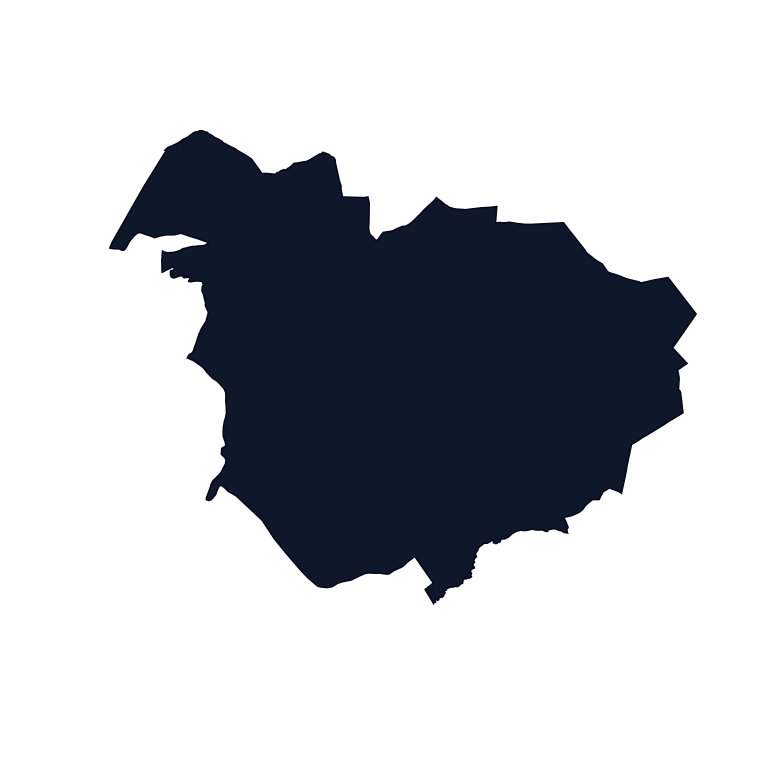 Camar, Salaj, Romania, rotated 283°
{"feature_id": "2599482B75066150434534", "entity_name": "Camar", "entity_type": "district", "adm_level": 2, "iso_a3": "ROU", "parent_name": "Romania", "parent_adm1": "Salaj", "projection": "natural_earth1", "projection_center": [22.617, 47.305], "detail": "fine", "context": "isolated", "style": "filled", "palette": "ink", "viewbox_px": 768, "rotation_deg": 283, "n_neighbors": 0, "source": "geoboundaries", "source_scale": "gbopen_adm2", "svg_char_len": 6151}
<svg xmlns="http://www.w3.org/2000/svg" viewBox="0 0 768 768"><g transform="rotate(283 384 384)"><path d="M522.4,672.4L551.6,636.8L546.1,623.7L540.2,611.5L540.9,609.8L541.0,597.1L542.2,589.6L542.8,583.7L542.9,580.4L543.5,577.3L543.8,576.6L547.0,572.9L549.9,569.9L552.2,562.9L557.3,551.9L559.4,550.0L576.6,528.5L581.5,522.7L572.5,491.0L571.2,485.0L570.4,478.1L569.8,469.7L568.0,464.8L567.3,459.7L566.3,457.5L566.2,456.4L582.3,454.0L580.0,447.6L577.5,439.0L572.2,424.2L570.7,415.0L570.6,411.2L571.1,406.9L571.7,405.8L573.0,402.1L574.4,399.5L577.4,393.1L575.2,392.2L573.5,391.2L563.4,384.3L558.6,381.6L549.5,375.8L547.4,374.4L545.3,372.5L543.1,370.2L541.8,367.4L541.9,366.9L538.3,361.6L535.6,358.5L534.4,356.4L531.6,349.2L528.4,347.6L523.9,345.8L521.9,344.1L525.4,339.0L526.3,337.3L527.4,336.2L529.8,334.9L533.7,333.6L534.6,333.6L542.3,332.1L557.2,328.8L562.6,326.3L561.1,322.4L556.9,301.5L564.1,298.3L567.0,297.7L568.4,297.1L570.5,295.6L572.8,294.4L589.2,286.6L591.5,286.0L593.4,284.1L593.9,281.2L595.3,278.7L596.1,272.5L593.9,270.6L593.5,269.4L585.4,260.9L583.2,258.2L582.1,255.0L579.8,249.7L578.9,247.0L577.5,245.8L574.1,243.6L572.5,241.8L570.4,240.2L570.4,238.4L568.3,235.1L567.4,234.6L566.5,233.8L566.1,232.7L565.1,231.6L563.9,231.1L562.7,221.7L561.6,217.8L573.4,204.2L575.8,197.9L578.3,189.7L579.9,185.5L580.2,183.4L581.8,177.1L582.5,175.2L582.8,173.1L584.0,171.8L585.6,166.5L586.0,164.0L587.9,159.4L588.4,156.3L589.4,155.7L589.4,153.5L589.9,149.4L589.1,147.1L587.8,145.6L587.0,143.2L585.5,141.5L580.2,137.0L577.1,133.1L572.8,129.4L568.9,124.5L565.7,120.1L562.5,117.9L562.0,119.1L522.2,105.5L461.1,87.3L454.8,86.2L454.8,88.8L455.3,92.1L456.0,95.0L456.0,96.0L455.4,98.2L455.5,99.3L456.0,100.6L457.7,101.7L460.9,102.7L464.8,103.6L470.5,106.3L472.9,107.7L475.3,109.6L476.2,110.6L476.5,111.4L476.6,114.1L476.1,117.3L475.8,122.0L475.0,127.7L477.7,132.3L480.3,138.0L481.5,143.4L482.5,146.8L485.0,151.7L485.2,152.4L484.3,161.0L483.7,169.6L482.3,181.4L482.2,181.5L479.4,178.8L478.7,177.8L477.8,175.7L476.4,171.0L475.4,168.5L474.8,166.1L474.3,164.9L472.6,161.8L470.4,157.3L468.7,155.8L466.3,152.1L464.8,149.1L463.1,143.0L463.3,139.7L463.7,138.3L460.6,138.6L456.7,139.5L455.7,139.4L443.0,142.6L444.0,144.1L446.9,147.2L448.1,149.1L449.8,150.8L450.1,152.6L449.7,153.8L449.3,154.0L448.6,153.9L447.5,153.1L446.6,151.0L446.0,150.6L442.6,151.2L441.4,151.8L440.4,152.7L440.2,153.1L440.0,154.5L440.1,155.7L442.5,159.3L443.8,161.9L444.1,162.8L443.9,163.5L442.6,164.7L442.5,165.5L442.8,166.2L444.0,166.3L444.5,166.7L443.6,167.4L443.4,167.8L444.2,170.7L442.7,171.2L441.7,171.2L441.4,171.1L441.2,170.7L440.3,170.5L440.0,170.7L439.9,171.0L440.3,173.3L441.7,176.5L442.4,178.8L443.1,184.0L441.7,184.5L441.0,185.3L440.4,185.6L439.9,185.6L438.6,185.2L436.7,185.1L434.0,185.6L430.4,188.2L426.8,189.8L423.9,191.4L421.4,192.3L420.8,192.0L418.3,193.6L415.0,196.3L414.2,196.7L412.8,196.8L405.1,196.5L397.1,193.8L393.7,193.0L393.3,193.1L391.5,192.5L381.4,191.7L377.7,191.1L374.5,191.0L372.4,190.6L370.8,189.8L369.0,187.7L366.4,186.7L365.1,186.5L363.9,193.2L359.6,203.8L355.2,209.3L351.1,215.6L349.0,221.2L343.8,228.9L340.2,231.6L336.3,232.8L332.0,233.6L325.4,235.7L320.2,237.0L315.8,237.2L311.2,236.9L306.2,237.2L301.2,238.0L296.8,239.2L291.3,242.6L288.3,243.7L286.7,242.5L285.9,241.3L284.3,240.4L278.9,241.3L276.4,245.6L274.1,247.3L270.7,247.5L263.8,245.8L260.8,244.9L258.0,243.5L251.6,239.3L248.1,238.2L243.3,237.9L233.7,236.6L231.3,236.9L231.1,239.9L232.4,241.6L234.9,243.2L238.6,244.8L243.2,245.3L247.5,246.4L248.5,247.2L248.3,249.4L247.2,251.8L244.3,256.4L243.1,260.8L241.5,265.6L224.4,295.0L222.8,297.0L208.3,312.2L197.5,326.1L183.3,345.4L177.5,354.4L172.4,364.2L171.9,367.1L172.9,374.7L174.8,379.0L179.5,383.8L182.0,387.9L185.6,396.1L191.3,403.0L194.9,407.9L196.3,410.8L198.2,420.7L198.9,422.3L198.9,425.1L199.2,427.5L199.2,428.4L199.7,430.8L200.4,431.9L204.1,435.3L207.2,439.1L208.8,441.4L210.9,443.7L215.9,446.9L222.9,452.8L201.1,476.8L193.0,470.3L181.4,481.5L181.9,481.5L182.5,482.8L183.2,483.4L184.6,482.6L185.5,482.6L185.9,482.9L186.2,483.1L185.4,484.4L185.4,485.2L186.3,485.9L187.2,485.3L187.6,485.5L189.0,486.8L189.1,488.2L189.6,488.9L191.1,489.8L191.8,489.7L194.0,490.5L196.4,489.4L197.2,491.1L198.1,490.9L198.9,491.5L199.8,492.5L200.2,493.4L201.0,494.4L201.4,495.4L201.7,497.1L202.3,497.8L202.8,498.8L203.2,501.2L204.7,502.7L206.7,504.0L207.0,504.7L207.5,505.3L208.9,505.5L209.9,504.8L212.0,506.0L213.4,506.0L213.7,506.4L213.5,506.9L212.5,507.7L212.5,508.0L213.9,509.2L214.1,511.0L214.5,511.5L215.8,512.4L216.1,512.5L216.7,511.3L216.9,511.3L218.3,511.9L219.0,511.9L220.0,511.1L220.9,510.2L221.5,509.9L222.5,510.8L224.3,511.9L224.7,513.1L225.6,513.3L225.9,513.3L226.6,511.9L227.3,511.4L230.0,511.8L230.8,512.3L231.1,512.2L231.5,511.5L232.2,511.1L233.0,511.1L235.4,512.2L236.0,512.7L237.0,512.7L238.6,511.3L239.3,511.4L240.5,511.6L242.6,512.6L243.4,512.8L244.5,512.7L246.3,513.3L251.1,517.2L251.4,517.6L252.0,520.3L253.0,521.6L254.8,523.3L256.4,525.2L255.9,525.7L253.9,526.5L253.6,528.2L254.0,529.7L255.6,531.1L256.0,532.3L256.4,532.7L257.7,532.5L258.4,532.8L259.0,533.4L259.6,534.1L260.1,535.3L260.2,536.4L262.9,539.7L266.8,542.3L267.5,543.2L269.6,545.3L270.8,547.0L272.3,550.1L272.5,551.1L272.5,552.2L273.2,555.5L275.9,561.0L276.0,565.2L276.2,566.9L276.8,567.2L277.0,567.8L276.6,568.4L277.4,570.1L277.3,571.2L277.8,571.4L277.8,571.9L277.2,572.4L277.0,573.1L276.8,574.5L277.1,576.4L277.5,576.7L278.9,576.6L279.9,579.1L281.0,581.1L281.0,581.7L281.5,583.8L280.8,586.7L280.8,590.5L280.2,591.7L279.9,593.5L280.1,596.4L280.9,595.8L283.1,595.1L283.6,594.8L285.2,595.5L286.0,595.5L292.3,591.1L293.1,590.2L292.8,589.3L293.1,589.1L294.7,590.0L295.4,590.8L296.2,593.0L297.9,596.3L301.4,601.3L303.4,603.5L306.4,605.8L311.1,607.7L317.8,612.7L318.1,613.2L318.7,614.7L319.6,619.1L319.9,619.7L323.6,620.4L328.6,622.0L333.5,627.2L332.9,630.4L332.1,636.9L330.9,640.0L350.8,639.7L359.4,639.2L381.0,638.8L382.1,640.3L386.9,645.2L388.9,646.8L394.6,652.9L408.1,666.6L410.6,668.8L423.2,681.8L442.6,674.8L444.2,673.5L444.0,673.2L444.2,672.6L445.0,672.2L455.5,670.4L457.7,669.7L463.7,666.9L472.2,674.7L484.1,657.1L522.4,672.4Z" fill="#0f172a" stroke="#020617" stroke-width="1.5"/></g></svg>